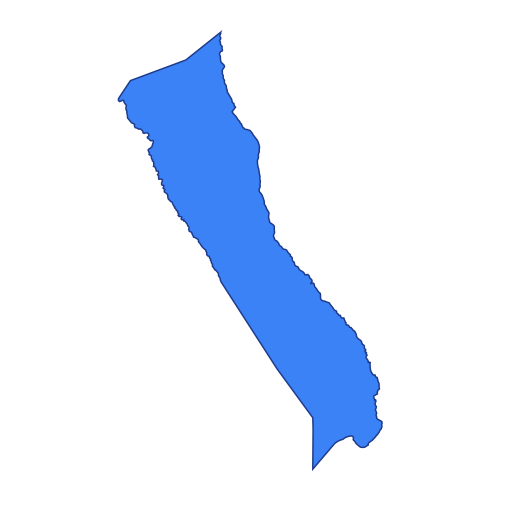 the district of Boquerón, Chiriquí, Panama, rotated 156°
{"feature_id": "35544464B36404447942008", "entity_name": "Boquerón", "entity_type": "district", "adm_level": 2, "iso_a3": "PAN", "parent_name": "Panama", "parent_adm1": "Chiriquí", "projection": "albers", "projection_center": [-82.58, 8.629], "detail": "fine", "context": "isolated", "style": "filled", "palette": "blue", "viewbox_px": 512, "rotation_deg": 156, "n_neighbors": 0, "source": "geoboundaries", "source_scale": "gbopen_adm2", "svg_char_len": 6082}
<svg xmlns="http://www.w3.org/2000/svg" viewBox="0 0 512 512"><g transform="rotate(156 256 256)"><path d="M299.4,467.3L317.2,456.0L318.0,455.1L318.4,454.1L318.1,453.1L317.7,452.5L314.4,452.5L313.9,452.3L313.7,451.9L314.0,450.0L313.2,446.3L314.9,443.7L315.2,442.1L315.0,441.1L315.9,438.7L316.2,437.0L317.2,434.4L315.6,428.5L315.1,427.8L313.5,426.1L313.5,425.6L314.2,424.3L314.2,422.7L314.0,422.3L312.7,421.2L311.6,419.7L311.1,419.4L310.1,419.2L309.6,418.6L308.7,416.1L309.1,414.5L308.9,414.0L308.0,413.5L305.4,413.0L304.9,412.4L304.5,410.9L304.8,409.9L305.3,409.3L306.9,408.8L307.2,408.1L306.1,406.2L305.6,404.4L304.9,403.9L303.3,403.6L303.0,403.0L303.4,401.8L304.8,400.4L306.6,398.2L308.2,397.6L310.7,397.2L311.3,396.9L311.5,396.4L311.6,393.2L312.4,392.2L312.2,391.6L311.3,391.0L311.0,390.3L311.1,389.7L311.8,387.6L311.6,386.3L311.4,385.8L311.9,385.3L311.9,384.9L311.4,384.2L311.3,383.4L312.0,381.8L312.3,380.6L313.2,379.6L311.9,378.1L312.1,377.1L312.1,375.2L312.5,374.4L312.1,373.9L311.2,373.6L310.8,372.8L311.4,371.2L312.9,370.3L312.2,368.9L312.9,367.9L313.6,365.8L313.3,365.5L312.1,365.3L310.5,363.9L311.0,362.7L312.5,361.2L313.1,359.9L313.1,359.3L312.9,358.8L311.7,358.1L311.6,357.8L312.1,356.9L313.2,356.0L313.2,355.4L312.2,353.9L313.3,352.9L313.6,351.8L312.4,349.8L311.9,348.4L312.0,347.3L312.8,344.9L312.9,343.7L312.8,343.0L312.2,342.2L311.9,340.7L310.8,339.5L310.8,336.1L310.7,335.0L310.2,334.3L310.3,333.8L310.7,333.6L310.7,332.9L310.0,331.1L310.2,330.5L310.1,330.0L309.3,329.1L309.9,327.7L309.4,325.4L309.7,325.0L310.6,324.9L310.5,324.2L310.1,323.3L308.5,322.5L308.0,322.0L308.1,321.5L309.3,320.4L309.3,319.7L308.7,319.0L307.2,318.7L307.7,317.3L307.1,316.9L306.4,315.9L306.3,314.5L305.8,313.1L306.1,311.3L305.5,309.8L305.5,308.9L306.6,307.9L306.9,305.8L305.2,303.8L305.4,301.7L305.2,300.0L305.4,298.7L304.4,297.9L302.1,294.7L302.2,293.7L302.7,292.7L302.7,291.9L302.2,290.9L301.6,286.8L300.8,284.4L299.5,281.9L299.8,280.4L299.5,279.3L300.3,277.9L300.4,276.4L300.2,276.0L298.9,274.6L299.2,272.9L298.7,271.6L299.3,270.7L299.1,269.1L299.4,268.2L299.3,265.8L300.0,264.1L299.4,262.4L299.4,260.9L299.0,260.4L299.0,259.7L298.2,258.6L297.7,256.4L297.4,255.8L298.2,253.4L298.2,252.4L297.8,250.7L298.4,248.0L298.4,246.3L282.7,144.5L269.9,85.1L274.5,74.1L290.8,38.2L260.4,52.7L257.9,53.3L255.8,53.5L254.0,53.5L251.2,53.2L248.4,53.8L246.8,53.8L244.8,53.6L242.0,52.9L240.9,51.6L240.8,50.6L241.8,48.9L241.9,48.3L241.2,46.6L240.8,43.9L238.7,39.4L238.3,38.9L236.6,37.8L234.8,37.2L233.2,37.2L231.6,37.6L230.8,37.5L230.4,37.8L229.5,39.2L229.1,39.5L224.3,40.5L223.3,40.9L222.7,41.3L221.5,41.7L218.8,43.1L217.4,43.6L216.4,44.4L215.1,45.0L213.4,46.6L212.1,47.0L211.6,47.7L210.9,48.2L210.1,49.6L209.9,50.8L209.0,51.6L208.4,53.3L208.7,54.0L211.2,57.3L211.6,58.2L211.7,58.8L211.2,59.9L211.3,60.6L210.8,62.2L209.7,63.3L209.4,67.1L208.3,68.1L207.3,69.5L207.6,70.6L207.5,72.6L206.6,73.2L206.4,73.8L205.4,74.7L205.3,75.9L206.0,75.8L206.3,76.1L206.0,77.0L205.9,79.2L205.5,80.0L205.1,80.3L201.3,80.6L200.9,81.2L200.7,82.2L200.2,82.5L199.7,83.4L199.1,83.9L197.8,84.1L197.4,84.3L197.0,85.2L196.7,86.7L196.0,88.0L195.5,89.5L195.4,92.9L195.1,93.3L195.1,94.4L194.7,95.5L194.8,95.8L195.6,96.3L195.8,97.7L195.7,99.0L197.0,99.3L197.3,99.7L197.9,102.9L197.8,105.1L197.2,107.2L195.9,110.7L195.0,112.1L195.4,112.8L196.6,112.9L196.7,113.1L196.2,115.0L196.8,118.3L196.5,119.1L195.2,120.0L194.8,120.5L195.4,121.9L194.4,122.7L194.4,123.0L195.4,124.2L195.1,124.7L193.9,125.5L194.3,126.8L194.4,127.8L193.6,130.0L193.8,130.8L194.6,131.7L194.7,132.0L194.6,133.0L194.9,133.5L194.4,134.8L194.8,136.5L195.6,137.6L196.9,140.3L196.7,142.3L196.3,144.0L196.4,147.1L197.6,148.9L197.6,149.8L198.0,150.7L198.3,152.0L199.5,152.8L199.7,154.8L200.4,155.8L201.3,156.1L201.5,156.4L201.5,157.4L200.9,158.4L201.4,159.8L201.1,160.7L201.2,161.7L200.9,163.5L201.1,163.8L202.6,164.1L203.4,166.2L203.1,167.4L204.4,168.2L204.4,169.2L205.5,171.5L205.0,172.3L204.9,172.9L206.3,174.6L206.6,175.4L206.9,177.8L207.6,180.2L208.2,183.5L210.3,185.3L211.6,186.9L213.0,187.6L214.2,189.3L214.3,191.0L212.9,194.3L212.5,195.7L213.3,197.3L213.9,199.6L214.0,201.4L214.8,203.9L214.9,204.5L214.3,206.6L214.4,207.3L214.8,208.0L216.3,208.2L217.0,208.5L216.7,209.1L215.2,209.8L214.8,210.9L214.8,211.8L215.8,214.2L215.5,216.3L216.3,218.1L218.5,218.6L218.9,218.9L219.0,220.8L219.4,221.9L219.7,222.7L221.0,224.3L222.0,226.2L222.0,227.8L222.2,229.2L223.4,230.2L224.1,231.6L224.2,232.4L223.6,234.7L224.5,236.2L224.5,237.3L223.8,239.2L223.7,239.9L223.9,240.7L224.7,242.1L224.2,242.7L224.2,243.6L225.1,245.3L225.7,249.0L226.5,250.0L228.0,251.0L228.5,251.7L229.0,254.3L229.6,255.0L230.2,256.4L230.3,257.2L230.1,258.3L230.7,260.8L231.0,261.4L232.0,262.5L232.2,263.6L231.9,265.5L232.1,265.7L232.1,266.1L231.8,267.4L231.0,268.5L229.6,269.6L228.2,273.6L227.2,275.6L227.4,276.9L227.9,278.0L229.8,281.0L229.5,282.1L228.9,285.9L228.3,287.3L226.8,289.6L226.6,290.2L227.1,295.4L226.9,297.2L227.4,299.8L226.6,301.6L226.1,303.6L225.7,308.6L225.9,310.8L226.6,312.5L226.7,313.8L226.0,315.6L224.2,317.5L223.6,318.5L223.4,319.5L221.5,322.8L221.1,325.1L219.9,327.2L219.6,329.3L218.3,333.8L217.8,337.3L216.8,340.6L215.7,343.0L214.0,344.5L212.4,348.0L210.6,349.9L210.0,351.4L208.4,354.3L207.9,357.2L207.7,359.4L207.8,361.5L208.6,364.6L209.4,368.3L209.4,369.5L210.2,372.5L210.5,373.2L213.0,375.4L214.6,376.3L215.0,377.8L215.7,378.7L215.8,381.6L215.6,382.5L216.3,384.1L216.2,385.5L217.1,388.2L217.5,391.5L218.8,395.1L219.2,397.4L214.2,400.3L214.7,402.1L214.2,404.4L214.8,405.1L215.1,406.0L214.5,409.3L215.5,417.7L214.8,419.6L214.8,421.2L214.0,423.5L214.0,424.5L214.4,425.9L214.4,427.0L214.1,428.0L213.3,429.3L213.6,431.0L213.5,432.1L212.6,434.1L212.6,436.0L212.4,436.9L211.8,437.8L211.8,438.7L210.4,440.1L208.3,441.3L207.6,442.2L207.6,443.5L209.1,447.4L208.7,449.5L207.3,453.1L207.3,455.3L206.7,456.1L204.9,457.2L203.6,457.0L202.8,457.8L202.7,459.5L201.8,460.9L201.9,462.2L202.5,463.7L201.5,465.9L201.7,467.5L201.5,467.9L200.5,468.2L199.5,469.6L199.7,471.4L198.5,473.1L197.7,473.6L197.6,474.5L197.3,474.8L240.4,463.6L299.4,467.3Z" fill="#3b82f6" stroke="#1e3a8a" stroke-width="1.5"/></g></svg>